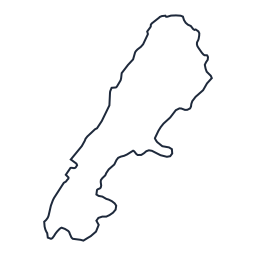 outline of Beqaa
{"feature_id": "LBN-3022", "entity_name": "Beqaa", "entity_type": "Province", "adm_level": 1, "iso_a3": "LBN", "parent_name": "Lebanon", "parent_adm1": "", "projection": "natural_earth1", "projection_center": [36.105, 33.959], "detail": "fine", "context": "isolated", "style": "outline", "palette": "slate", "viewbox_px": 256, "rotation_deg": 0, "n_neighbors": 0, "source": "natural_earth", "source_scale": "10m", "svg_char_len": 2464}
<svg xmlns="http://www.w3.org/2000/svg" viewBox="0 0 256 256"><path d="M87.6,238.0L83.4,240.6L80.5,239.8L72.8,238.8L72.2,238.3L71.4,237.4L69.8,233.8L69.3,232.3L68.3,231.0L64.9,228.9L61.6,227.7L60.7,228.1L59.6,228.9L57.2,231.4L55.4,233.7L54.0,236.0L52.3,238.2L51.0,238.8L47.8,237.6L47.2,233.1L46.5,232.0L45.6,230.1L45.3,229.3L44.6,226.6L44.2,221.7L45.7,220.4L46.4,219.6L47.7,217.8L48.1,216.9L48.6,215.6L50.9,205.6L52.9,200.2L54.0,198.0L63.8,182.8L65.4,181.9L66.1,181.4L67.0,180.1L68.4,178.6L68.5,178.0L68.5,177.5L65.8,174.8L70.5,167.9L71.7,167.8L73.7,168.1L74.2,168.1L74.7,168.0L75.2,167.8L75.6,167.5L76.0,167.0L77.1,165.2L76.4,163.6L70.8,159.5L81.8,146.1L84.7,140.9L85.4,139.2L85.5,138.8L87.4,136.4L95.1,129.2L97.0,128.3L101.8,121.0L109.4,105.4L110.0,92.8L110.2,91.3L111.6,87.8L115.5,87.5L116.0,87.4L116.4,87.1L117.0,86.4L120.6,80.3L121.1,78.4L121.7,73.1L128.0,64.9L133.1,59.4L135.0,52.7L135.3,52.0L135.9,51.1L137.4,49.5L140.9,46.8L142.2,45.3L143.1,44.3L147.7,34.6L147.9,34.0L147.2,31.5L150.4,27.2L150.6,26.7L150.8,26.3L150.8,25.4L150.8,25.0L150.9,24.6L151.1,24.3L151.8,23.4L159.3,17.5L159.7,17.0L161.8,16.1L165.4,15.7L165.9,16.6L166.3,16.7L166.8,16.8L167.3,16.7L167.7,16.6L171.0,15.6L176.0,15.4L180.6,15.7L182.9,16.6L184.0,20.1L185.7,22.8L187.9,24.7L190.8,26.0L193.2,29.1L194.5,29.9L195.7,29.5L198.4,31.4L199.3,33.3L199.2,35.6L198.6,39.0L198.1,40.4L197.5,41.4L197.0,42.5L196.9,44.2L197.3,45.9L198.2,47.5L201.8,52.7L203.6,54.7L204.8,55.3L206.1,55.2L207.2,55.4L208.0,57.1L207.7,59.8L206.1,62.1L204.8,64.8L205.6,68.7L206.7,71.7L210.8,75.8L211.7,77.9L211.8,78.1L207.0,83.4L203.1,90.2L195.6,96.8L192.3,101.1L191.3,104.0L191.0,106.5L190.1,108.4L187.3,109.8L185.0,109.9L181.3,108.5L179.4,108.4L175.8,110.2L170.2,117.5L163.5,123.6L160.8,127.0L158.5,130.7L154.9,138.2L155.2,139.0L156.3,140.9L157.3,142.2L162.3,146.2L169.0,147.4L171.9,149.2L172.2,153.5L170.2,156.2L166.9,156.8L160.5,155.2L151.9,150.8L148.9,150.3L146.3,151.2L144.0,153.2L141.3,154.9L137.7,155.0L136.4,154.1L134.2,151.3L133.1,150.7L127.0,154.5L124.1,155.8L120.9,156.6L118.2,157.8L116.5,160.0L114.3,164.5L108.7,169.4L106.3,173.0L105.3,175.3L102.2,178.3L100.9,180.1L100.7,181.9L101.2,185.6L100.7,187.6L99.9,188.4L97.7,189.3L97.0,190.0L96.4,194.5L98.6,195.9L102.4,196.6L106.3,198.9L108.7,199.6L111.9,201.2L114.7,203.4L116.2,205.7L115.6,209.6L113.0,212.7L109.5,215.1L106.3,216.6L102.3,216.6L98.4,217.9L96.4,220.7L98.7,224.9L96.0,231.6L90.8,236.1L87.6,238.0Z" fill="none" stroke="#1e293b" stroke-width="2"/></svg>